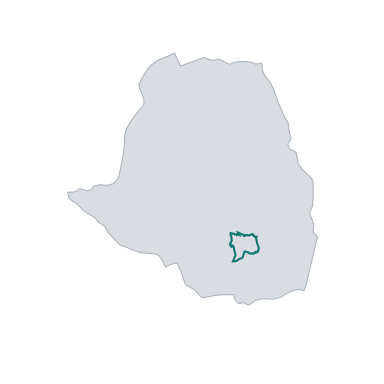 Mberengwa, Midlands, Zimbabwe (highlighted), rotated 337°
{"feature_id": "62879985B72104982716343", "entity_name": "Mberengwa", "entity_type": "district", "adm_level": 2, "iso_a3": "ZWE", "parent_name": "Zimbabwe", "parent_adm1": "Midlands", "projection": "equal_earth", "projection_center": [30.19, -20.689], "detail": "fine", "context": "in_parent", "style": "outline", "palette": "teal", "viewbox_px": 384, "rotation_deg": 337, "n_neighbors": 0, "source": "geoboundaries", "source_scale": "gbopen_adm2", "svg_char_len": 5756}
<svg xmlns="http://www.w3.org/2000/svg" viewBox="0 0 384 384"><g transform="rotate(337 192 192)"><path d="M256.4,326.5L253.7,324.3L250.1,322.8L245.5,322.1L239.5,322.4L232.1,323.6L224.2,322.2L215.7,317.9L208.7,316.5L200.3,318.3L199.9,318.3L198.5,316.9L196.2,313.8L192.3,313.3L191.3,312.6L190.4,311.4L189.9,309.9L189.7,308.3L190.3,303.2L189.9,302.7L188.9,302.1L186.8,301.5L181.7,299.2L175.4,296.9L165.1,294.5L161.1,293.8L160.1,293.1L159.0,291.2L157.0,285.4L155.1,281.5L150.6,275.6L149.9,273.7L150.1,269.0L150.4,265.2L150.8,262.0L150.6,258.9L150.5,255.2L150.6,252.6L150.0,251.5L148.4,250.8L143.8,250.4L138.3,250.6L138.1,246.7L137.5,240.8L136.4,237.4L135.1,235.6L132.6,233.7L127.4,231.2L120.3,227.3L114.2,221.6L107.3,214.5L105.1,213.2L102.5,206.6L98.5,195.1L98.7,191.3L98.1,189.4L94.3,183.7L93.4,180.8L92.7,177.9L86.6,169.6L84.5,166.0L82.9,161.3L81.3,157.6L80.0,156.1L78.3,153.6L77.0,150.7L76.5,148.6L76.9,145.7L77.5,143.7L83.2,145.8L86.4,145.9L88.8,144.9L91.9,146.3L95.5,150.0L99.5,150.7L103.7,148.4L109.5,149.1L116.8,152.8L122.8,153.6L129.9,150.3L136.3,141.1L142.2,132.4L148.1,122.4L151.6,114.4L156.8,107.8L163.7,102.7L170.7,98.4L181.5,93.2L183.6,88.9L184.3,84.1L184.3,77.5L184.9,73.3L186.0,71.3L187.8,69.8L190.1,67.9L197.2,62.8L203.1,59.6L210.4,57.5L218.3,57.5L226.0,57.5L230.3,57.5L230.4,63.8L230.7,71.0L231.6,71.6L237.3,71.8L246.5,72.3L255.4,72.8L261.1,77.9L263.0,79.0L268.9,80.4L276.4,89.0L285.4,89.8L291.7,92.5L297.1,95.5L300.3,99.0L302.3,99.8L305.1,100.1L306.4,100.4L306.1,103.0L304.2,107.3L304.5,113.5L306.9,122.0L307.2,129.5L306.4,142.6L306.4,155.3L306.6,159.8L307.0,162.8L307.5,164.4L307.4,166.3L305.9,171.6L304.6,177.2L304.6,179.4L304.1,181.0L303.2,182.4L299.3,185.0L298.6,186.6L298.6,189.5L299.1,191.9L300.5,192.8L302.3,194.2L303.0,196.0L303.0,197.9L302.4,201.4L300.8,207.3L302.3,214.0L304.1,218.4L306.5,223.5L307.5,226.6L307.4,228.8L307.0,231.0L303.3,240.2L300.7,245.9L297.4,252.1L293.2,255.9L292.1,257.7L291.6,259.9L291.8,264.4L291.5,269.2L287.9,276.6L290.1,283.0L289.6,283.5L288.4,284.4L283.1,291.6L277.9,298.8L274.0,304.0L269.6,310.0L264.7,316.7L260.5,322.5L256.4,326.5Z" fill="#d9dde1" stroke="#a8b0b8" stroke-width="1"/><path d="M231.8,256.4L231.7,256.4L231.7,256.2L231.7,255.9L231.6,255.6L231.6,255.4L231.6,255.2L231.5,254.9L231.4,254.8L231.3,254.7L231.3,254.4L231.2,254.4L230.9,254.4L230.9,254.5L230.8,254.8L230.7,254.9L230.5,254.7L230.4,254.6L230.2,254.5L229.8,254.4L229.7,254.4L229.4,254.2L229.1,254.2L228.8,254.3L228.7,254.3L228.3,254.4L228.0,254.4L227.8,254.4L227.7,254.4L227.7,254.2L227.3,253.9L227.0,253.7L226.8,253.7L226.7,253.7L226.7,253.8L226.3,253.6L226.1,253.3L225.9,253.4L225.7,253.3L225.5,253.2L225.3,253.1L225.1,253.1L224.8,253.1L224.6,253.0L224.6,252.7L224.2,252.7L223.9,252.5L223.8,252.2L223.7,252.2L223.6,252.5L223.4,252.7L223.1,252.9L222.9,252.8L222.7,252.9L222.6,252.7L222.6,252.0L222.6,251.8L222.5,251.7L222.4,251.6L222.3,251.4L222.2,251.4L222.0,251.0L221.8,250.9L221.6,250.7L221.4,250.4L218.4,247.2L218.4,247.9L218.4,248.2L218.4,248.5L218.4,249.2L218.4,249.4L218.5,249.8L218.4,249.7L218.2,249.7L217.9,249.5L217.8,249.4L217.5,248.9L217.3,248.8L217.1,249.0L216.8,248.9L216.7,248.8L216.6,248.7L216.4,248.8L216.4,248.7L216.2,248.5L216.2,248.3L216.2,248.2L215.8,248.2L215.7,248.2L215.4,248.0L215.2,248.0L215.0,247.9L214.9,247.9L214.9,247.6L214.6,247.2L214.4,247.0L214.3,246.9L214.2,246.8L214.0,246.7L213.8,246.6L213.6,246.6L213.4,246.6L213.3,246.4L213.3,246.2L213.2,246.1L212.9,246.1L212.7,246.1L212.6,245.8L212.4,245.7L212.2,245.6L212.1,245.4L212.0,245.2L211.8,244.9L211.7,244.8L211.3,244.9L211.2,245.3L210.9,246.1L210.6,247.1L210.6,248.8L210.6,249.2L210.6,249.3L210.6,249.7L210.3,250.1L210.1,250.4L209.9,251.4L209.7,252.1L208.7,252.9L207.1,254.2L206.9,254.4L207.0,254.6L207.3,255.2L206.8,255.3L206.3,255.5L206.7,257.4L206.8,257.8L207.0,258.1L207.5,257.9L208.0,257.8L208.4,257.6L208.6,257.5L208.7,257.8L208.9,258.0L209.0,258.2L208.7,259.8L208.6,260.3L208.5,260.6L208.3,261.3L208.2,261.5L208.1,262.3L208.0,262.9L208.0,263.4L207.9,264.4L207.7,265.2L207.6,265.8L207.5,266.9L206.3,268.3L205.0,269.4L203.5,271.0L203.3,271.2L202.6,271.8L203.8,272.3L204.8,272.7L206.5,272.8L209.4,272.1L210.6,272.1L211.2,272.3L211.7,272.5L212.2,272.5L213.4,271.7L213.5,271.5L213.5,271.4L213.8,271.1L214.0,270.9L214.2,270.7L214.3,270.6L215.1,269.6L215.2,269.4L215.3,269.4L215.5,269.3L215.5,269.2L216.0,268.6L216.4,268.2L216.9,267.9L217.0,267.7L217.1,267.8L217.3,267.8L217.6,267.7L217.9,267.7L218.1,267.7L218.2,267.8L218.3,268.0L218.9,268.5L219.0,268.6L219.2,268.8L219.3,268.9L219.5,269.1L219.7,269.3L219.8,269.4L219.9,269.5L220.0,269.6L220.3,269.6L220.4,269.8L220.5,269.8L220.6,270.0L220.6,270.4L220.7,270.7L220.7,270.8L220.8,270.9L221.1,271.1L221.3,271.2L221.4,271.3L221.7,271.4L221.8,271.5L222.0,271.5L222.4,271.5L222.6,271.7L222.7,271.9L222.8,271.9L222.8,272.0L223.1,272.2L223.4,272.6L223.5,272.6L223.6,272.4L223.8,272.3L224.0,272.4L224.3,272.7L224.5,272.6L225.0,272.5L225.3,272.7L225.6,272.8L225.9,272.8L226.0,272.5L226.0,272.4L226.4,272.2L226.7,272.0L226.9,272.0L227.0,272.2L227.0,272.3L227.3,272.6L227.5,272.7L227.7,272.4L227.9,272.4L228.1,272.5L228.5,272.9L229.0,272.8L229.1,272.7L229.3,272.6L229.5,272.3L229.5,272.2L229.8,272.0L230.1,272.0L230.2,271.9L230.2,271.7L230.3,271.5L230.4,271.4L230.4,271.2L230.6,271.2L230.9,270.7L231.7,269.7L231.7,269.3L231.6,268.8L231.6,268.2L231.8,267.6L231.8,267.0L231.9,266.6L231.8,266.0L231.9,265.3L231.9,264.5L232.3,262.9L232.4,262.1L232.5,261.6L232.7,261.3L232.7,260.9L232.7,259.9L232.9,259.5L233.2,259.2L233.6,259.0L233.9,258.6L233.6,258.6L233.3,258.7L233.2,258.7L232.9,258.6L232.7,258.5L232.7,258.4L232.7,258.1L232.8,258.0L232.7,257.9L232.8,257.8L232.7,257.7L232.3,257.5L232.3,257.4L232.2,257.4L232.1,257.2L231.8,256.7L231.8,256.4L231.8,256.4Z" fill="none" stroke="#0f766e" stroke-width="2"/></g></svg>